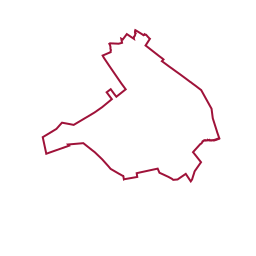 Lusaka, Lusaka, Zambia, rotated 145°
{"feature_id": "96606910B10621059217070", "entity_name": "Lusaka", "entity_type": "district", "adm_level": 2, "iso_a3": "ZMB", "parent_name": "Zambia", "parent_adm1": "Lusaka", "projection": "robinson", "projection_center": [28.258, -15.427], "detail": "fine", "context": "isolated", "style": "outline", "palette": "rose", "viewbox_px": 256, "rotation_deg": 145, "n_neighbors": 0, "source": "geoboundaries", "source_scale": "gbopen_adm2", "svg_char_len": 3087}
<svg xmlns="http://www.w3.org/2000/svg" viewBox="0 0 256 256"><g transform="rotate(145 128 128)"><path d="M59.2,66.9L58.6,69.1L57.2,74.0L57.0,74.5L53.0,87.3L48.5,95.9L48.2,99.1L46.3,117.1L46.8,118.6L48.4,123.7L49.7,127.5L50.3,129.5L50.5,129.8L51.7,133.5L54.5,141.9L55.7,145.3L56.1,146.4L59.2,155.3L59.9,157.4L61.9,163.3L59.6,163.8L60.0,165.3L61.2,168.9L64.1,178.4L65.9,184.3L66.3,185.5L58.9,188.5L59.2,189.4L59.2,190.1L59.4,191.1L59.5,192.3L59.6,192.9L59.6,193.3L59.7,193.8L59.9,194.3L60.7,194.6L60.7,195.3L62.1,195.1L62.2,195.3L62.2,195.7L62.6,196.5L63.9,199.6L64.9,201.9L65.9,204.0L66.2,203.8L66.3,203.7L66.5,203.5L66.6,203.3L66.7,203.2L66.9,203.0L66.9,202.8L66.9,202.6L67.2,202.5L67.4,202.4L67.5,202.2L67.7,201.7L67.5,201.2L67.9,201.1L68.2,200.8L68.6,200.3L68.8,200.2L69.0,200.0L69.4,199.8L69.6,199.6L70.2,199.4L70.6,199.4L70.7,199.2L70.9,199.1L71.2,198.8L71.5,198.5L71.8,198.2L72.0,197.7L73.4,201.2L75.1,205.6L81.5,203.5L82.3,205.0L84.0,201.2L85.7,201.8L87.3,202.4L94.2,207.7L95.0,207.7L95.2,206.1L95.9,204.4L96.8,203.2L97.0,202.9L97.2,201.8L97.3,201.6L97.6,201.4L97.9,201.1L98.3,200.8L98.7,200.1L106.8,201.8L107.2,201.9L107.5,199.5L107.7,189.6L107.9,168.4L107.7,161.0L109.3,160.9L111.1,160.8L114.3,160.6L117.7,160.4L119.6,160.3L119.8,163.9L119.9,169.7L122.5,169.6L125.0,169.5L124.8,163.5L124.7,160.9L137.2,159.9L146.5,159.9L170.7,161.7L173.7,164.8L179.0,170.2L179.6,170.1L187.2,168.3L203.1,169.4L208.5,156.6L209.7,153.8L186.4,147.3L186.6,148.9L173.3,141.2L172.0,136.8L170.1,130.4L169.4,128.2L169.1,127.2L167.1,117.1L166.4,111.2L166.0,107.9L165.7,104.5L162.0,96.5L161.5,95.4L160.9,94.3L160.9,94.2L160.5,93.4L159.8,91.9L159.7,91.8L159.4,91.5L159.7,90.5L159.8,90.4L160.1,89.9L160.8,88.3L160.7,88.3L148.5,82.6L146.8,86.0L146.1,85.7L144.1,84.9L127.0,77.7L127.9,73.3L125.6,69.4L124.4,67.3L123.0,64.9L121.2,61.3L120.7,59.6L116.9,57.4L115.0,57.4L108.4,57.3L107.0,57.3L107.2,48.3L105.0,49.1L102.2,51.3L99.9,53.0L98.7,54.0L97.6,54.6L96.9,54.8L87.8,58.1L87.9,59.8L88.5,69.8L88.6,70.9L87.9,71.1L77.8,73.4L77.0,73.2L75.9,73.5L75.1,74.0L74.9,74.1L74.7,74.2L74.6,74.3L74.2,74.3L74.1,74.2L73.9,74.1L73.7,74.1L73.6,74.3L73.4,74.3L73.4,74.2L73.1,74.3L72.9,74.2L72.7,74.1L72.5,73.9L72.4,73.8L72.2,73.9L72.1,73.7L71.8,73.6L71.7,73.6L71.6,73.4L71.4,73.5L71.3,73.4L71.2,73.2L71.2,72.9L70.9,72.8L70.7,72.8L70.6,72.7L70.2,72.5L70.1,72.4L69.9,72.5L69.9,72.4L69.8,72.2L69.7,72.1L69.3,72.2L69.2,72.1L69.1,71.9L68.9,71.9L68.7,71.8L68.6,71.7L68.5,71.4L68.4,71.4L68.3,71.2L68.2,71.3L67.9,71.4L67.8,71.2L67.7,71.1L67.6,70.9L67.6,70.7L67.4,70.5L67.3,70.4L67.2,70.3L67.1,70.1L66.9,70.0L66.7,70.0L66.7,69.9L66.6,69.7L66.0,69.5L65.9,69.5L65.8,69.4L65.7,69.4L65.4,69.4L65.3,69.2L65.1,69.2L64.9,69.1L64.9,68.8L64.7,68.8L64.6,68.7L64.5,68.4L64.2,68.4L64.0,68.5L63.9,68.5L63.8,68.4L63.7,68.2L63.4,68.1L63.2,68.0L63.2,67.9L62.9,67.8L62.9,68.0L62.7,68.1L62.7,68.3L62.4,68.2L62.2,68.0L62.2,67.9L61.9,67.8L61.7,67.8L61.5,68.0L61.4,68.0L61.2,67.9L61.2,67.7L60.9,67.8L60.8,67.7L60.7,67.7L60.4,67.6L60.3,67.2L60.2,67.2L59.6,67.2L59.4,67.1L59.4,66.9L59.2,66.9L59.2,66.9Z" fill="none" stroke="#9f1239" stroke-width="2"/></g></svg>